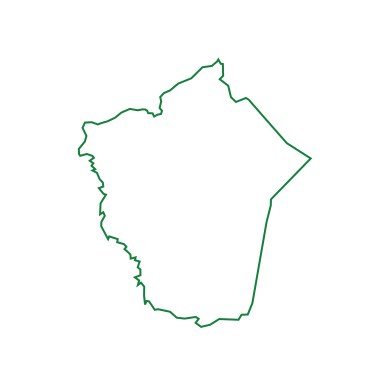 the district of Yona, Guam, rotated 224°
{"feature_id": "77769853B72833595516841", "entity_name": "Yona", "entity_type": "district", "adm_level": 2, "iso_a3": "GUM", "parent_name": "Guam", "parent_adm1": "", "projection": "albers", "projection_center": [144.756, 13.405], "detail": "fine", "context": "isolated", "style": "outline", "palette": "green", "viewbox_px": 384, "rotation_deg": 224, "n_neighbors": 0, "source": "geoboundaries", "source_scale": "gbopen_adm2", "svg_char_len": 1521}
<svg xmlns="http://www.w3.org/2000/svg" viewBox="0 0 384 384"><g transform="rotate(224 192 192)"><path d="M265.1,305.6L264.6,303.5L265.3,296.5L271.1,289.0L271.5,273.3L277.2,260.5L278.4,249.6L280.9,243.8L280.8,238.2L277.1,235.8L273.6,229.9L270.0,229.6L268.5,226.6L270.4,223.9L271.7,220.0L275.0,221.2L278.3,218.3L280.8,219.4L283.1,218.8L285.1,216.9L287.7,213.2L294.4,208.6L298.0,200.0L298.9,192.2L301.7,184.5L301.8,184.3L304.6,179.5L306.8,175.1L307.3,174.9L307.8,174.7L312.5,172.6L317.2,167.6L315.3,162.1L306.9,159.0L304.1,153.9L303.3,144.3L299.7,140.9L297.6,140.4L294.0,146.3L288.7,148.8L286.3,148.4L287.3,143.5L282.9,144.1L282.5,141.0L277.5,141.2L278.5,138.3L273.8,139.8L267.5,137.1L262.7,136.8L259.6,134.3L261.7,130.1L254.3,129.2L252.0,130.3L249.9,120.3L242.6,112.1L241.8,115.8L238.2,114.3L236.4,107.5L233.5,104.3L219.6,99.8L220.7,102.6L212.7,106.5L210.9,103.9L204.9,107.2L201.1,107.0L200.9,104.1L193.0,104.3L189.8,101.5L187.2,105.8L185.7,103.3L181.4,105.6L178.7,100.1L175.3,100.4L171.3,96.3L173.8,90.9L168.6,91.6L166.3,87.5L165.7,91.4L160.6,90.7L154.3,84.0L147.6,78.4L149.0,82.0L146.9,83.5L137.0,81.4L135.0,84.1L124.6,90.6L115.7,91.0L109.4,95.8L102.4,104.8L99.1,105.4L98.5,100.4L91.8,101.3L86.8,109.0L84.2,119.5L69.8,132.4L71.1,138.1L66.8,142.6L71.3,153.9L117.5,222.2L126.1,237.2L130.1,241.5L129.9,298.6L157.7,293.0L188.5,295.5L215.2,297.8L218.5,297.1L221.5,290.5L223.0,287.3L229.9,287.3L239.7,293.6L250.4,292.4L250.3,297.2L258.7,305.5L260.4,304.2L265.1,305.6Z" fill="none" stroke="#15803d" stroke-width="2"/></g></svg>